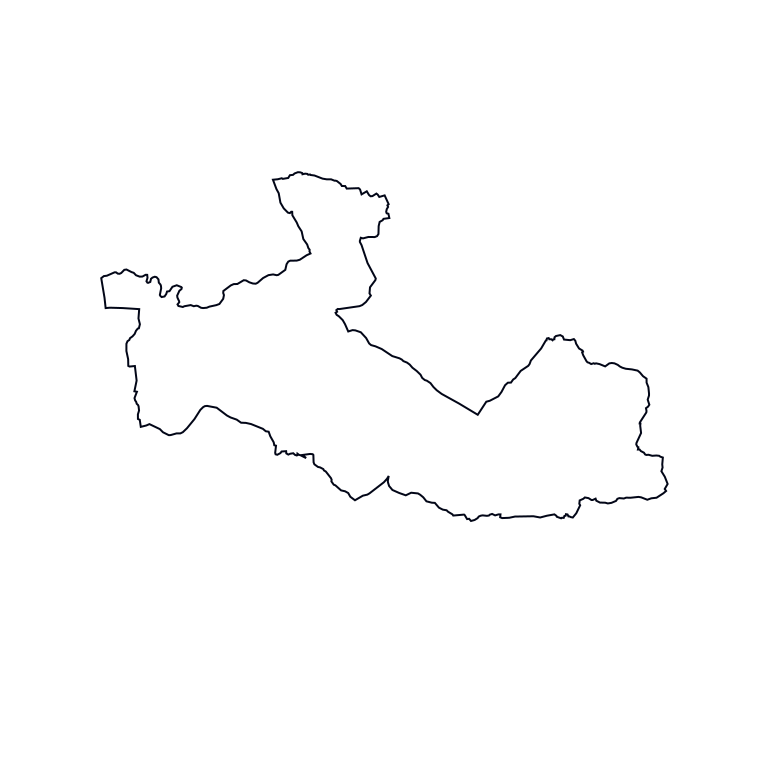 the district of Motru, Gorj, Romania, rotated 121°
{"feature_id": "2599482B51668804441842", "entity_name": "Motru", "entity_type": "district", "adm_level": 2, "iso_a3": "ROU", "parent_name": "Romania", "parent_adm1": "Gorj", "projection": "albers", "projection_center": [22.98, 44.823], "detail": "fine", "context": "isolated", "style": "outline", "palette": "ink", "viewbox_px": 768, "rotation_deg": 121, "n_neighbors": 0, "source": "geoboundaries", "source_scale": "gbopen_adm2", "svg_char_len": 6158}
<svg xmlns="http://www.w3.org/2000/svg" viewBox="0 0 768 768"><g transform="rotate(121 384 384)"><path d="M438.9,680.9L454.0,668.0L462.3,661.7L459.8,658.3L453.5,647.1L445.9,632.4L454.3,628.2L458.5,624.0L462.5,622.8L463.3,623.6L466.1,624.0L469.5,623.5L472.7,624.1L475.5,625.3L477.5,625.0L479.4,625.9L482.2,625.5L488.4,621.8L494.5,616.1L500.2,612.5L500.1,611.1L496.9,606.8L508.5,597.8L518.8,594.2L517.9,591.8L524.6,590.6L526.3,588.8L526.9,587.3L528.3,585.8L528.7,584.0L529.5,582.9L532.9,580.3L536.8,579.3L540.7,576.9L540.5,574.9L546.0,570.4L542.0,566.4L539.2,564.4L538.1,552.9L539.2,548.6L538.7,542.2L537.7,540.6L533.2,536.4L531.2,533.1L528.9,531.6L523.4,530.1L511.7,528.4L500.8,528.1L496.9,527.1L495.2,526.1L493.9,524.4L490.5,515.2L491.9,502.4L491.7,498.3L490.4,491.9L490.8,486.6L488.5,482.4L486.8,477.3L484.8,464.7L485.4,461.0L484.3,458.3L487.4,454.5L490.8,448.5L493.0,446.5L492.5,444.8L499.1,441.8L500.1,440.7L499.6,439.0L496.6,437.2L494.6,437.0L492.0,433.3L493.8,432.0L493.8,429.7L492.0,428.4L490.1,426.1L490.6,423.8L490.2,422.0L489.7,421.6L488.3,422.3L488.5,420.3L488.1,419.1L487.7,413.5L487.4,413.5L486.8,417.3L482.0,411.3L480.9,409.0L481.2,408.0L487.4,404.0L488.7,402.3L489.1,397.9L488.4,395.8L488.2,392.2L489.0,391.0L489.0,388.8L492.0,381.0L493.0,379.6L494.6,378.9L496.2,375.2L495.9,373.5L497.3,366.0L496.0,362.1L495.9,358.5L498.0,354.8L498.6,349.0L490.6,344.6L487.4,341.3L485.2,340.1L468.3,333.5L463.5,332.6L460.4,332.6L465.2,330.8L466.5,329.7L468.8,327.1L470.5,322.2L469.6,314.9L468.2,308.0L463.2,304.7L460.3,298.5L460.3,295.9L460.9,292.0L462.7,287.2L461.1,281.8L459.7,279.2L461.7,273.2L461.4,268.9L460.0,265.3L460.5,263.3L460.5,258.2L461.1,256.9L454.7,248.1L454.8,247.3L457.0,243.2L455.7,241.6L456.6,238.9L453.9,236.3L450.8,234.7L448.8,234.5L447.1,233.3L445.8,231.8L444.0,227.9L442.7,226.3L441.5,226.0L439.7,224.4L439.4,221.1L436.9,218.8L435.8,217.0L438.4,215.8L438.1,213.7L434.2,207.8L430.2,203.5L420.4,187.8L418.0,181.4L413.0,176.5L408.0,170.8L408.2,168.3L408.8,167.5L407.9,163.0L407.0,162.6L406.2,161.0L404.2,161.4L403.4,160.5L401.9,161.0L401.3,159.5L402.5,157.7L402.0,157.0L401.9,155.4L401.2,153.4L395.8,152.6L386.9,153.4L386.1,154.9L383.0,156.3L379.7,154.0L377.8,153.4L376.5,149.9L376.6,146.4L376.0,145.4L373.3,143.6L374.7,141.9L374.4,137.8L371.8,133.2L371.1,130.6L368.7,127.8L364.7,124.9L362.2,124.8L360.6,123.5L358.6,119.4L356.7,117.9L354.6,114.2L349.7,107.7L348.7,105.2L347.6,98.7L344.3,96.0L341.1,91.8L333.7,88.2L330.4,87.1L329.4,89.3L323.6,89.4L318.9,95.5L315.9,101.3L312.1,102.2L309.6,104.1L303.4,107.1L304.0,109.7L303.8,111.1L305.0,113.7L307.4,117.1L308.4,120.8L309.7,122.6L309.9,123.9L309.0,125.8L309.2,129.3L308.5,131.3L309.4,132.6L307.2,133.4L307.3,134.4L305.9,136.6L304.6,137.2L293.6,138.4L287.8,142.9L285.9,143.8L286.2,144.5L285.2,144.9L273.3,144.5L271.9,145.1L269.8,147.0L267.4,146.0L265.1,145.9L261.6,149.9L257.4,150.9L255.7,151.9L250.5,155.8L247.6,159.6L244.2,161.7L243.9,166.0L242.3,170.7L241.9,173.5L243.8,179.0L246.4,184.6L247.3,188.1L247.5,190.8L247.2,193.5L247.6,197.1L248.7,199.6L250.3,201.5L255.0,203.5L255.9,209.4L257.1,212.9L258.1,213.7L258.2,214.9L260.2,216.7L260.2,219.2L260.6,220.7L260.2,222.1L256.8,228.0L254.8,230.5L253.8,230.0L253.1,231.0L253.1,235.1L250.5,240.1L248.4,242.3L247.7,244.4L250.5,246.9L253.2,252.6L251.2,255.2L251.3,258.1L254.3,261.3L256.1,261.9L257.9,261.0L258.6,261.9L259.7,262.0L259.5,263.6L260.5,265.3L259.8,266.5L261.1,267.8L262.9,267.2L263.3,267.7L272.6,267.6L288.2,270.2L291.9,269.5L294.1,269.7L302.4,273.6L311.3,274.5L313.6,275.6L317.4,275.9L319.1,278.5L322.7,279.6L330.3,279.2L335.8,279.7L343.9,284.7L346.5,287.2L362.1,287.8L362.1,309.6L362.8,329.4L362.2,335.6L361.1,340.1L359.3,344.6L359.1,349.0L359.6,351.1L359.1,354.4L357.2,357.5L356.0,362.7L355.4,368.0L354.1,372.0L353.8,375.3L354.4,379.2L353.9,381.2L354.0,383.9L355.8,391.3L355.2,404.0L356.1,410.7L357.3,415.1L356.9,417.6L353.8,423.0L351.6,430.5L352.8,436.2L354.0,438.7L357.4,441.7L352.8,448.2L350.5,452.3L349.2,457.6L349.1,460.2L347.9,462.2L346.2,461.4L345.2,462.9L343.5,462.3L342.8,460.9L329.9,445.1L327.5,443.3L323.0,441.7L315.0,440.8L313.8,443.1L308.3,445.8L299.4,444.9L297.8,445.4L288.8,460.4L276.5,474.8L274.7,477.8L273.8,478.4L270.6,479.2L270.0,477.0L266.0,473.1L262.8,467.6L260.8,466.1L258.3,466.0L251.4,469.9L247.3,471.2L244.3,469.5L242.7,469.5L239.0,464.9L235.8,467.9L236.3,469.6L235.3,470.8L232.7,471.7L230.1,471.7L229.1,473.1L227.5,472.6L222.0,480.6L226.1,484.4L224.9,486.9L224.7,488.6L228.9,490.7L230.0,492.2L229.7,494.2L227.7,498.0L233.0,500.9L229.6,504.7L229.2,506.6L235.7,516.6L234.3,519.2L236.0,522.1L234.9,524.2L234.3,528.9L234.6,530.1L235.2,531.1L235.8,534.7L238.1,538.6L239.6,542.4L241.1,551.0L242.7,554.7L242.5,555.3L243.7,556.8L243.4,557.9L244.3,559.9L246.2,561.9L245.3,562.7L245.7,564.8L246.8,566.9L249.6,569.1L251.6,569.7L253.5,572.2L256.7,572.2L260.3,576.4L260.3,577.6L263.2,580.5L266.1,584.4L272.3,576.6L274.7,572.5L281.9,566.2L285.1,560.4L286.6,554.6L286.0,552.7L284.1,552.2L283.7,551.4L286.6,549.4L290.5,542.0L292.9,538.7L295.6,533.2L301.3,527.8L304.0,521.7L306.4,518.9L307.2,516.9L308.8,516.1L310.0,514.2L313.4,516.6L320.9,520.2L323.2,522.4L326.6,527.9L328.4,529.1L331.5,529.2L337.0,527.4L344.9,530.8L346.0,532.0L347.2,535.5L350.2,539.1L355.4,542.2L362.4,544.5L364.1,545.6L365.4,548.2L366.2,551.9L366.3,555.6L367.3,557.7L373.8,561.2L375.8,564.3L378.4,566.1L387.0,569.6L388.8,568.7L390.2,567.0L393.8,565.7L400.2,566.3L402.8,568.4L407.6,573.5L409.9,575.2L412.1,578.2L412.9,580.1L413.0,583.8L413.6,585.3L415.3,587.1L415.9,590.3L420.2,595.2L421.6,596.1L423.0,600.4L422.1,602.0L419.4,601.6L418.7,602.1L416.3,605.6L414.8,606.8L409.5,607.4L406.9,606.5L405.5,607.0L405.3,607.7L406.1,612.5L409.6,615.4L414.9,615.7L416.5,617.6L419.0,617.0L422.0,617.2L424.0,619.4L423.7,621.0L423.1,622.0L416.7,624.3L414.8,625.7L413.9,626.8L413.1,629.2L410.5,631.2L409.6,634.0L410.1,635.7L411.9,637.2L413.8,637.9L416.9,636.9L418.8,638.3L419.0,639.0L418.3,640.5L414.8,641.4L412.4,643.2L413.2,644.6L416.3,646.4L417.8,648.7L418.5,652.6L417.6,655.8L418.1,658.0L418.5,663.7L419.9,665.4L424.2,666.4L425.7,667.4L426.5,669.0L426.3,671.2L427.1,672.5L433.9,677.3L435.8,679.7L438.9,680.9Z" fill="none" stroke="#020617" stroke-width="2"/></g></svg>